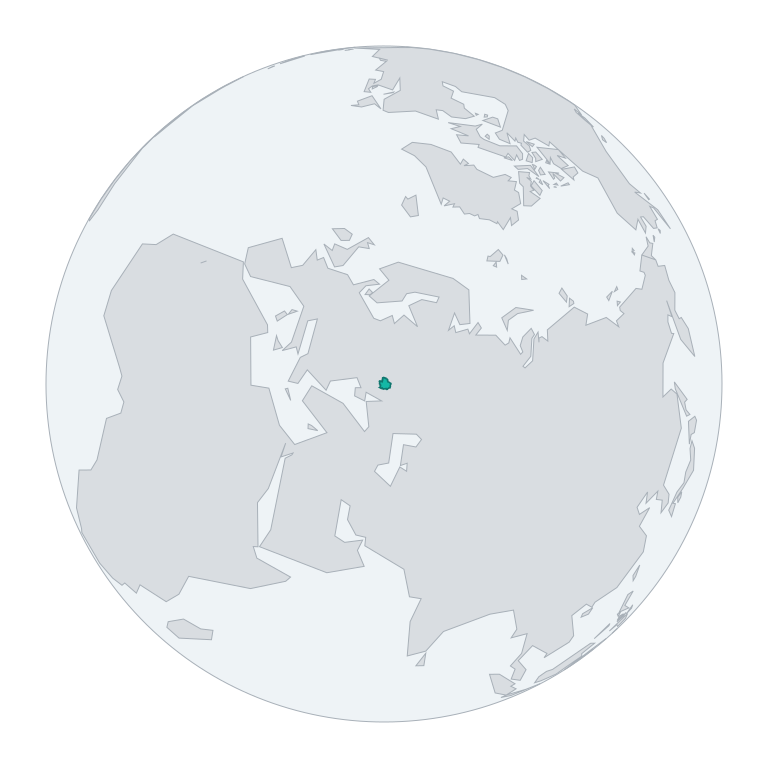 Kharkiv highlighted on a globe, orthographic projection, rotated 49°
{"feature_id": "UKR-328", "entity_name": "Kharkiv", "entity_type": "Region", "adm_level": 1, "iso_a3": "UKR", "parent_name": "Ukraine", "parent_adm1": "", "projection": "orthographic", "projection_center": [36.315, 49.479], "detail": "fine", "context": "on_globe", "style": "filled", "palette": "teal", "viewbox_px": 768, "rotation_deg": 49, "n_neighbors": 0, "source": "natural_earth", "source_scale": "10m", "svg_char_len": 13511}
<svg xmlns="http://www.w3.org/2000/svg" viewBox="0 0 768 768"><g transform="rotate(49 384 384)"><circle cx="384" cy="384" r="338" fill="#eef3f6" stroke="#a8b0b8"/><path d="M291.9,58.9L298.9,57.1L310.7,58.4L301.2,60.0L305.1,60.8L317.2,59.2L324.3,58.0L354.2,63.8L393.8,67.4L408.2,65.1L403.6,68.9L432.1,63.1L454.8,66.0L428.0,65.0L424.3,66.9L439.1,69.6L438.6,72.3L445.4,75.4L443.4,78.5L427.9,78.5L426.3,80.8L436.9,82.7L441.6,87.6L426.3,84.3L432.9,92.8L408.1,95.9L368.8,87.4L353.7,94.4L309.8,100.2L312.5,103.4L297.6,108.6L295.2,114.5L287.7,114.5L292.3,119.3L299.5,118.1L304.0,120.0L303.2,123.6L293.6,124.0L292.5,122.3L289.3,124.4L284.8,123.2L286.6,125.8L275.0,126.4L285.3,131.2L275.0,136.3L267.6,135.3L270.1,128.3L259.1,110.9L252.5,109.0L240.5,112.6L214.4,133.6L206.3,134.9L194.1,141.7L197.7,143.9L208.6,139.4L212.3,145.8L225.2,140.3L228.5,142.4L241.1,140.2L237.2,148.4L226.8,157.8L216.2,160.3L211.3,164.7L219.8,169.2L198.6,181.2L182.0,202.5L176.8,205.1L169.2,197.1L173.1,179.1L163.4,171.3L167.7,184.6L154.4,192.2L151.4,197.2L151.0,202.0L155.2,202.6L150.3,207.2L144.1,195.1L148.5,190.6L150.4,194.3L152.2,186.2L148.0,179.3L141.6,184.3L142.0,170.6L137.4,174.3L134.9,173.7L142.2,168.6L129.2,177.9L128.6,167.8L110.8,186.1L130.5,163.0L138.8,153.2L147.4,143.4L144.4,146.0L159.7,131.3L161.1,130.0L180.5,114.2L201.1,99.9L222.6,87.1L245.0,76.0L268.1,66.6L291.9,58.9ZM59.9,288.2L55.4,307.2L55.0,307.8L48.5,345.7L47.3,378.5L46.9,394.0L46.5,396.5L47.4,407.6L47.5,411.6L56.1,455.8L64.9,485.8L67.6,499.1L66.1,498.5L58.8,475.9L53.2,452.8L49.1,429.4L46.8,405.7L46.1,382.0L47.1,358.2L49.7,334.6L54.0,311.2L59.9,288.2ZM111.1,184.7L106.9,190.8L87.1,223.5L93.8,210.9L93.3,211.8L99.3,202.1L108.9,187.8L110.6,185.3L111.1,184.7ZM108.2,191.8L111.3,187.1L108.9,191.0L108.2,191.8ZM327.5,57.3L317.5,59.0L306.8,59.8L315.1,57.9L327.5,57.3ZM347.9,57.7L343.0,58.8L339.1,56.8L343.1,56.7L347.9,57.7ZM418.6,63.3L410.6,62.5L418.6,62.4L418.6,63.3ZM446.7,75.3L449.2,74.8L451.7,76.7L446.7,75.3ZM242.3,136.0L241.7,138.1L239.7,137.4L242.3,136.0ZM248.3,133.3L246.5,131.0L249.1,129.4L250.2,130.8L248.3,133.3ZM450.9,83.4L454.2,86.9L448.2,83.3L450.9,83.4ZM250.0,136.5L253.9,126.9L258.5,124.2L266.5,127.6L250.0,136.5ZM454.3,88.9L462.5,98.0L468.6,97.5L455.8,104.8L453.2,94.2L444.8,89.6L451.8,90.8L454.3,88.9ZM302.2,116.3L294.4,117.6L301.6,113.3L302.2,116.3ZM305.7,113.2L321.5,98.6L332.6,98.9L325.1,103.4L340.0,101.7L337.7,108.9L329.0,111.5L322.2,109.8L326.5,114.0L305.7,113.2ZM447.5,107.7L447.1,110.1L444.5,107.6L447.5,107.7ZM306.3,120.4L308.5,117.3L318.3,117.2L315.7,123.6L313.3,121.5L306.3,120.4ZM345.1,97.9L351.9,99.2L351.9,105.4L354.6,106.8L338.6,109.1L345.1,97.9ZM310.7,123.3L314.1,126.9L308.8,130.3L304.8,123.6L310.7,123.3ZM321.9,114.6L326.4,114.9L323.1,116.8L321.9,114.6ZM291.9,145.1L294.3,140.9L299.6,140.4L291.9,145.1ZM315.7,128.0L317.5,126.9L319.9,126.3L320.9,129.4L315.7,128.0ZM339.7,113.5L338.3,115.9L346.3,112.8L346.6,117.6L335.8,118.4L340.6,120.1L340.7,121.7L331.9,120.7L339.7,113.5ZM329.1,131.0L315.6,134.3L310.0,142.0L305.1,142.6L315.1,130.0L329.1,131.0ZM331.5,124.9L328.9,128.7L324.2,127.2L323.0,123.8L331.5,124.9ZM350.6,120.8L352.9,113.1L355.2,113.3L350.6,120.8ZM328.4,133.4L331.7,132.6L328.6,134.2L328.4,133.4ZM344.9,124.9L345.4,122.1L347.9,122.3L344.9,124.9ZM337.8,133.5L333.5,134.5L332.5,132.1L337.8,133.5ZM341.8,129.8L345.2,130.8L334.8,130.6L341.6,128.5L341.8,129.8ZM347.2,125.5L348.9,124.7L346.6,126.7L347.2,125.5ZM343.9,142.6L331.0,143.0L329.0,137.4L341.8,137.7L343.9,142.6ZM134.6,528.4L119.8,474.4L129.3,464.5L132.6,444.7L199.6,410.0L212.1,421.9L262.9,433.1L268.9,438.0L261.0,453.8L297.6,485.2L311.6,473.6L346.6,490.0L371.1,491.1L383.3,459.0L343.1,456.6L338.0,439.7L371.7,427.6L407.1,429.9L406.3,423.5L385.5,408.9L395.2,396.9L378.5,402.9L384.1,409.7L373.7,414.0L368.0,408.1L371.7,403.8L361.5,400.2L346.6,422.5L350.7,431.8L323.0,432.6L327.1,448.6L319.0,454.4L309.0,429.7L311.2,421.5L291.2,391.6L286.3,400.1L304.9,429.2L298.4,425.9L292.0,438.9L291.7,426.4L272.7,393.5L248.8,391.0L215.4,414.2L202.0,410.4L192.1,397.0L207.2,365.3L235.4,377.6L241.1,367.5L237.9,347.3L246.7,353.1L248.9,346.6L259.8,350.4L277.6,339.8L289.1,342.0L298.5,323.1L305.7,321.9L298.0,333.2L298.9,342.8L327.7,348.6L333.9,345.3L337.7,332.8L345.2,336.5L345.1,323.7L362.8,321.1L341.2,313.9L345.1,300.1L357.1,291.0L354.5,285.4L335.0,300.4L330.7,307.7L333.2,315.9L318.2,336.0L307.8,337.4L308.9,312.2L294.2,311.8L301.4,293.3L349.7,262.6L368.6,258.2L394.7,279.4L389.0,287.8L376.7,284.2L385.8,300.1L386.1,292.8L392.3,296.1L397.6,284.7L402.2,286.6L399.3,272.7L405.6,273.8L407.3,282.6L420.5,267.6L434.1,267.1L434.9,262.9L431.8,258.6L451.2,261.4L450.9,258.2L444.4,256.0L439.6,248.4L438.6,236.4L445.4,238.0L446.6,242.5L459.4,255.0L461.8,267.5L464.4,267.0L464.0,256.6L448.4,241.3L445.9,233.7L454.2,239.7L451.0,236.9L451.9,233.7L459.1,232.2L450.3,225.2L450.8,190.0L464.8,184.4L472.1,193.1L479.6,172.6L494.8,169.3L488.8,167.1L488.3,156.7L483.5,157.5L480.6,155.7L477.2,131.1L481.7,127.2L473.4,115.5L470.3,114.5L466.6,116.7L455.8,104.8L468.6,97.5L475.0,99.9L478.7,94.4L492.7,101.0L505.9,104.5L519.1,116.1L528.4,118.4L528.8,116.0L541.8,118.0L567.2,131.4L545.0,130.8L506.5,116.0L522.1,122.5L518.1,124.4L523.4,129.0L534.4,133.8L536.0,132.2L551.2,159.6L576.8,182.0L576.2,170.6L583.8,169.5L612.4,188.6L643.7,239.4L654.2,241.2L660.2,247.6L662.9,259.4L654.2,250.2L649.8,254.2L644.5,247.6L645.9,264.5L638.4,255.9L643.1,273.9L650.0,276.8L651.6,264.6L658.9,284.6L670.7,285.5L680.8,298.4L690.4,341.8L687.1,367.9L688.8,373.6L682.9,375.7L682.0,394.2L698.4,406.0L700.3,413.6L695.6,442.8L694.3,437.8L678.9,443.5L680.9,464.2L692.8,464.2L697.0,475.6L690.1,481.6L685.2,472.1L679.7,473.6L677.6,456.9L666.3,439.8L659.0,454.6L656.2,444.6L639.6,434.6L627.2,455.1L609.8,501.5L613.0,527.7L604.5,544.9L580.5,520.2L570.4,496.8L561.3,504.4L536.9,490.5L493.5,504.6L487.7,498.4L479.5,504.3L462.4,500.5L453.7,489.5L443.2,492.2L466.4,520.8L477.7,517.6L487.8,502.5L492.1,513.2L508.6,518.6L488.9,551.0L425.1,584.7L419.7,565.1L375.2,507.3L377.0,500.2L376.9,499.4L376.4,497.9L371.5,509.5L364.1,497.0L387.0,539.9L390.5,557.3L424.2,585.9L420.9,589.3L432.0,594.2L468.4,581.2L468.4,587.6L450.8,619.0L401.0,657.6L408.1,676.7L405.4,691.2L375.5,699.9L379.4,708.1L364.1,710.2L364.0,713.8L352.5,716.1L332.7,716.1L297.9,709.5L294.7,707.1L275.7,697.3L248.9,670.6L256.6,661.6L253.0,650.4L227.9,616.0L233.3,601.7L226.9,592.1L213.4,588.6L206.1,576.6L198.0,572.7L148.7,550.7L134.6,528.4ZM174.7,437.2L172.4,443.0L174.7,437.2ZM443.7,448.5L465.4,446.3L457.0,426.5L464.7,424.2L459.0,418.5L456.3,425.1L442.6,409.1L452.5,401.2L450.5,392.1L443.1,392.5L427.3,409.7L446.7,432.3L441.2,441.8L443.7,448.5ZM55.2,307.9L54.0,313.5L54.8,309.2L55.2,307.9ZM72.3,257.7L69.9,265.0L71.4,259.3L72.3,257.7ZM84.5,228.6L74.1,252.4L77.2,243.1L84.1,228.4L80.7,235.9L84.5,228.6ZM104.9,195.0L102.4,198.9L101.6,199.7L104.9,195.0ZM106.5,194.8L107.1,193.7L109.3,190.7L106.5,194.8ZM154.8,192.9L155.1,194.0L153.6,199.3L152.1,197.6L154.8,192.9ZM160.2,219.2L152.1,226.2L156.8,219.8L153.1,218.5L158.6,203.9L174.4,205.8L166.3,207.3L160.2,219.2ZM170.2,185.8L165.0,194.3L170.1,185.0L170.2,185.8ZM250.1,309.7L252.9,315.9L247.5,322.2L233.0,321.1L240.7,311.8L250.1,309.7ZM258.3,323.4L263.3,299.7L272.6,300.0L266.5,303.7L272.1,306.3L263.9,313.1L267.7,337.2L263.2,344.5L238.9,337.5L249.3,335.5L245.9,329.3L258.3,323.4ZM260.1,244.7L262.4,236.0L279.4,247.5L275.2,254.4L260.5,253.3L256.7,244.7L260.1,244.7ZM263.4,145.1L263.2,142.2L265.9,141.9L268.3,144.1L263.4,145.1ZM292.6,143.2L267.1,157.8L265.6,155.1L252.6,167.8L243.5,165.7L252.2,157.4L235.4,165.8L239.7,157.5L228.8,164.1L249.2,145.9L252.4,139.3L252.3,147.3L260.6,149.2L265.1,148.1L280.3,140.3L291.2,127.8L301.1,128.3L305.3,132.0L304.2,135.0L298.1,133.6L301.0,138.8L291.3,139.1L292.6,143.2ZM348.1,183.8L341.4,179.4L345.7,192.7L336.0,191.9L337.1,193.6L329.3,196.7L321.8,203.4L317.7,201.9L316.6,205.3L311.4,207.6L308.5,211.8L300.0,210.7L295.7,215.9L294.2,212.5L289.0,221.8L289.1,214.5L282.4,217.3L285.9,222.9L247.7,209.9L231.7,211.2L218.3,216.6L220.2,204.1L234.0,191.4L253.0,181.1L268.2,182.1L266.3,176.6L273.0,175.6L271.7,180.4L277.7,172.6L282.9,173.1L299.8,165.9L305.3,155.1L311.6,152.5L312.1,157.0L318.1,151.3L323.2,158.3L327.8,156.8L337.5,162.5L335.6,172.7L341.0,170.2L348.5,174.9L348.1,183.8ZM346.4,144.4L346.4,156.0L341.1,161.6L326.5,149.5L321.5,149.9L312.0,143.1L319.9,135.4L321.9,138.0L325.7,138.8L321.7,140.8L327.7,139.8L330.7,143.5L336.1,143.8L334.6,147.4L346.4,144.4ZM277.0,433.4L281.8,435.5L289.8,436.8L285.9,445.2L277.0,433.4ZM263.6,411.2L268.2,411.4L266.5,423.3L261.5,421.3L263.6,411.2ZM272.1,401.7L268.6,410.5L267.5,404.6L272.1,401.7ZM302.5,332.9L307.5,332.6L307.5,335.8L304.1,339.6L302.5,332.9ZM358.6,225.6L355.7,221.6L357.5,220.2L357.5,209.5L364.7,209.6L367.5,216.1L358.6,225.6ZM375.7,464.6L367.8,470.6L364.4,467.4L367.8,465.9L375.7,464.6ZM324.1,459.4L335.2,465.2L322.9,461.7L324.1,459.4ZM366.4,223.9L365.6,219.4L369.7,222.3L366.4,223.9ZM369.9,209.2L375.0,211.6L365.5,208.4L369.9,209.2ZM463.8,682.0L441.3,705.4L425.2,707.5L421.8,702.8L429.9,689.5L448.6,683.0L457.7,674.7L463.8,682.0ZM712.6,462.8L702.4,492.5L697.3,501.4L699.3,495.0L707.5,477.2L712.6,462.8ZM698.9,495.9L690.1,502.8L672.3,494.8L678.8,487.3L696.2,481.8L695.3,486.6L700.7,484.3L698.9,495.9ZM716.9,433.2L715.8,444.6L710.9,460.4L708.3,466.3L706.5,459.1L707.5,449.9L710.0,444.0L715.2,398.2L717.8,395.1L717.2,411.7L719.1,413.3L716.9,433.2ZM614.6,529.1L622.7,538.7L617.6,544.8L614.6,529.1ZM714.0,372.9L714.1,392.4L713.0,370.6L714.0,372.9ZM711.4,355.4L713.0,359.7L710.8,358.9L711.4,355.4ZM691.8,380.7L689.3,388.2L687.7,384.8L689.8,373.2L691.8,380.7ZM688.4,309.7L694.3,320.2L695.9,325.0L691.9,321.7L688.4,309.7ZM426.5,222.7L418.5,237.0L417.5,248.3L424.4,255.8L411.3,251.7L412.8,234.3L426.5,222.7ZM447.1,193.6L441.0,187.7L445.8,186.7L447.8,187.9L447.1,193.6ZM441.9,192.6L430.4,192.4L428.3,186.8L437.8,188.0L441.9,192.6ZM398.3,207.4L395.5,211.5L392.2,208.9L398.3,207.4ZM720.0,419.7L720.1,418.0L719.0,428.5L718.3,433.4L718.0,435.5L718.6,428.4L719.8,412.4L720.3,403.3L721.8,383.4L720.0,410.5L720.3,413.5L721.4,399.7L720.5,412.8L720.5,414.5L720.0,419.7ZM721.8,375.4L721.5,368.4L721.6,368.7L721.8,375.4ZM720.3,366.7L718.4,366.1L718.3,376.0L717.0,350.8L719.3,355.5L720.3,366.7ZM716.2,355.1L716.3,364.3L715.2,351.1L716.2,355.1ZM715.4,363.2L713.7,358.2L714.5,353.9L715.4,363.2ZM716.5,352.0L713.8,341.1L715.6,344.3L716.5,352.0ZM709.1,347.5L713.6,346.1L710.5,356.1L702.9,338.1L703.7,331.7L709.1,347.5ZM666.4,240.2L662.1,236.5L660.7,230.0L664.1,234.3L666.4,240.2ZM652.2,207.0L658.9,227.1L663.6,244.2L665.5,242.6L672.7,254.0L666.0,251.9L657.7,233.7L655.3,222.4L648.4,214.0L642.6,202.4L633.5,195.4L628.9,188.8L636.3,191.8L652.2,207.0ZM629.7,193.0L611.9,178.7L612.3,170.6L616.4,171.9L624.3,181.7L623.6,185.3L629.7,193.0ZM607.7,173.1L606.8,176.7L578.7,167.3L572.9,163.5L594.5,165.3L594.9,169.0L601.7,173.0L607.7,173.1ZM450.8,110.3L447.4,110.1L449.7,108.7L450.8,110.3ZM478.0,156.4L474.4,153.7L477.2,151.8L478.0,156.4ZM466.0,145.5L465.4,149.5L463.2,144.5L466.0,145.5ZM464.5,158.9L463.8,150.8L468.5,159.6L464.5,158.9Z" fill="#d9dde1" stroke="#a8b0b8" stroke-width="1"/><path d="M388.1,378.4L388.3,378.5L388.4,378.9L388.7,379.0L388.8,379.2L388.9,379.4L388.8,379.6L389.0,379.9L389.3,380.4L389.5,380.5L389.8,380.6L390.1,380.8L390.2,381.0L390.3,381.2L390.4,381.3L390.5,381.4L390.5,381.5L390.7,381.8L390.4,381.9L390.4,382.0L390.6,382.1L390.4,382.3L390.2,382.4L390.2,382.5L390.4,382.5L390.4,382.9L390.4,383.0L390.2,383.2L390.3,383.4L390.3,383.5L390.2,383.8L390.1,384.0L389.9,384.2L389.9,384.3L390.0,384.4L390.0,384.5L390.0,384.8L390.2,385.0L390.0,385.3L389.9,385.4L389.9,385.5L389.6,385.6L389.1,385.4L388.7,385.4L388.7,385.5L388.8,385.8L389.0,385.9L388.1,386.5L387.9,386.8L387.8,387.0L387.8,387.3L387.7,387.3L387.4,387.6L387.4,387.8L387.2,387.9L387.0,387.7L386.9,387.8L386.7,387.9L386.7,388.0L386.8,388.1L386.7,388.2L386.3,388.0L386.2,388.0L385.8,388.2L385.7,388.1L385.5,388.5L385.5,388.8L385.6,389.0L385.4,389.1L385.2,389.2L384.9,389.0L384.7,388.9L384.5,389.0L384.3,389.3L384.2,389.4L384.2,389.5L383.9,389.6L384.0,389.4L383.8,389.2L383.8,388.9L383.5,388.7L383.3,388.5L383.3,388.4L383.4,388.2L383.2,388.0L383.1,387.9L382.9,387.8L382.8,387.7L382.6,387.7L382.8,387.5L382.9,387.4L382.7,387.2L382.8,387.2L382.7,387.2L382.3,387.1L382.1,387.2L381.9,387.2L381.7,387.1L381.4,387.1L381.2,387.0L380.9,386.9L380.8,387.0L380.7,387.0L380.7,386.9L380.3,386.7L380.2,386.5L380.1,386.4L379.8,386.1L379.7,386.1L379.6,385.9L379.3,385.9L379.2,385.9L378.9,385.8L378.9,385.7L378.8,385.4L378.8,385.2L379.0,384.9L379.2,385.0L379.3,385.0L379.7,385.1L380.0,385.0L380.0,384.9L380.2,384.6L380.3,384.5L380.3,384.4L380.2,384.2L380.2,383.9L380.3,383.9L380.6,384.0L380.6,383.9L380.8,383.9L380.7,383.8L380.6,383.7L380.8,383.5L380.7,383.4L380.6,383.0L380.6,382.9L380.4,382.7L380.4,382.8L380.1,382.8L380.1,382.7L379.9,382.7L379.8,382.4L379.7,382.4L379.7,382.2L379.7,381.9L379.6,381.7L379.5,381.8L379.4,381.8L379.2,381.7L378.9,381.5L378.7,381.4L378.5,381.2L378.4,380.9L378.5,380.7L378.7,380.4L378.7,380.1L378.8,379.9L379.0,379.8L379.2,379.7L379.3,379.6L379.5,379.5L379.8,379.5L380.0,379.5L380.0,379.4L380.2,379.2L380.3,379.1L380.5,379.2L380.6,378.9L380.7,379.0L380.9,379.1L381.0,379.1L380.9,379.1L381.1,379.0L381.3,379.0L381.5,379.0L381.6,378.9L381.8,378.7L382.0,378.6L382.2,378.4L382.6,378.4L383.2,378.4L383.3,378.5L383.5,378.7L383.8,379.3L384.0,379.3L384.3,379.1L384.5,379.2L384.6,379.3L384.8,379.4L384.8,379.6L385.0,379.7L385.3,379.5L385.3,379.4L386.0,379.0L386.3,378.9L386.5,378.9L386.8,378.9L387.3,378.8L387.4,378.7L387.6,378.5L387.8,378.4L388.1,378.4Z" fill="#14b8a6" stroke="#0f766e" stroke-width="1.5"/></g></svg>